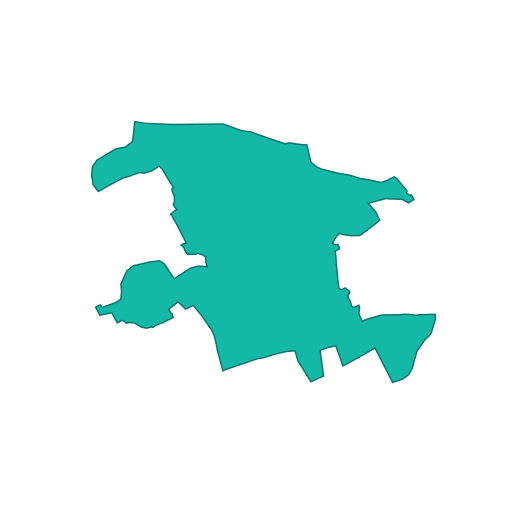 outline of Gwadabawa, Sokoto, Nigeria, rotated 246°
{"feature_id": "59680162B7305913438202", "entity_name": "Gwadabawa", "entity_type": "district", "adm_level": 2, "iso_a3": "NGA", "parent_name": "Nigeria", "parent_adm1": "Sokoto", "projection": "robinson", "projection_center": [5.311, 13.424], "detail": "fine", "context": "isolated", "style": "filled", "palette": "teal", "viewbox_px": 512, "rotation_deg": 246, "n_neighbors": 0, "source": "geoboundaries", "source_scale": "gbopen_adm2", "svg_char_len": 3328}
<svg xmlns="http://www.w3.org/2000/svg" viewBox="0 0 512 512"><g transform="rotate(246 256 256)"><path d="M272.1,414.6L271.8,406.8L272.2,400.2L279.6,390.2L284.5,382.7L291.3,375.0L298.5,364.3L301.5,360.5L308.5,351.5L311.2,349.0L312.5,347.8L313.3,347.3L317.6,345.3L318.8,344.4L328.2,345.9L331.9,346.8L337.2,347.6L337.5,346.1L341.4,339.2L342.6,337.6L345.8,332.6L346.8,328.0L361.4,312.2L371.5,301.6L376.5,293.6L389.7,279.9L389.9,279.8L410.5,232.3L422.7,207.9L428.1,199.9L410.8,189.9L408.6,181.0L410.9,171.6L408.3,149.8L404.2,143.0L396.0,138.3L391.6,137.4L387.5,136.2L380.6,137.7L379.0,138.3L380.0,146.8L381.4,166.2L380.4,172.5L380.2,176.8L379.6,183.4L377.2,187.4L376.2,195.5L377.5,204.0L373.7,205.7L365.2,206.6L357.1,207.7L352.2,208.5L351.9,208.3L351.7,207.5L351.4,206.6L350.0,205.9L343.5,205.6L339.2,203.9L336.6,201.3L333.6,201.7L330.9,202.7L328.9,194.9L327.5,195.5L325.4,195.8L323.4,195.8L320.2,196.2L307.3,197.0L296.1,197.6L296.1,196.5L296.2,195.8L296.6,195.7L296.5,195.1L296.3,195.0L296.5,194.7L296.7,194.8L296.7,194.6L296.8,194.3L296.3,192.1L295.8,192.3L295.3,192.6L295.0,192.8L294.3,193.0L293.8,193.1L292.4,193.6L291.8,193.5L290.7,193.3L290.2,193.2L289.1,193.4L286.7,193.8L285.0,194.4L285.1,194.7L284.9,194.8L284.8,195.8L284.0,197.0L283.7,198.3L283.1,199.3L283.1,199.8L282.6,200.6L282.2,201.1L282.1,201.4L282.1,203.0L281.7,204.1L281.4,204.8L280.2,206.1L279.6,207.0L275.7,209.8L270.2,207.5L267.6,207.4L265.9,207.1L270.2,199.4L271.6,191.1L268.5,172.0L286.1,169.1L290.9,165.9L293.9,155.9L295.9,145.3L297.0,140.4L295.0,132.0L285.4,121.2L277.9,118.6L271.5,114.8L270.5,109.4L271.6,94.4L274.6,94.0L274.7,92.8L274.7,90.9L274.5,88.7L265.4,89.2L264.8,92.2L262.7,101.3L258.6,101.4L251.3,102.1L251.3,104.1L251.8,106.6L251.2,108.0L248.9,109.7L247.3,110.2L246.9,112.3L246.9,113.0L244.4,117.6L237.7,122.3L234.6,126.6L233.6,131.8L232.6,132.8L233.1,134.5L233.4,136.8L233.3,141.1L233.0,143.9L233.5,155.5L234.6,155.4L236.9,155.8L238.3,155.1L239.8,154.9L240.9,155.0L242.8,154.5L245.9,166.2L236.1,170.1L236.3,178.7L223.5,182.1L206.3,185.4L199.7,185.4L191.9,183.9L186.1,182.5L164.5,179.0L164.5,183.8L163.0,199.6L162.6,203.4L162.4,207.2L161.5,216.3L159.9,221.6L159.3,227.9L159.2,229.2L158.8,232.3L156.6,244.1L155.0,249.2L153.3,253.1L143.4,251.6L118.8,255.0L118.9,268.9L135.6,273.8L138.4,274.6L143.7,276.3L143.2,283.8L141.5,292.3L126.5,291.3L120.3,290.5L121.2,303.6L121.5,308.5L122.1,311.9L122.0,314.0L123.7,327.3L84.9,329.4L83.9,340.0L85.6,347.4L89.7,352.9L103.7,364.4L110.4,375.6L111.0,376.7L112.8,382.2L114.1,384.5L124.8,393.9L129.8,396.1L132.6,389.4L134.2,385.5L136.1,380.9L136.8,378.1L140.6,371.7L141.0,370.9L141.2,370.5L141.8,369.2L142.4,367.8L143.7,363.9L151.0,346.7L153.2,331.6L153.0,326.6L158.9,326.3L161.5,326.6L166.4,329.5L169.1,330.0L169.2,328.3L168.9,326.4L169.8,323.7L172.0,323.0L176.5,323.7L180.1,323.4L182.6,323.8L183.9,326.1L185.5,327.2L190.5,324.6L190.4,321.0L192.4,318.4L194.6,319.1L198.0,320.1L214.2,325.5L222.1,328.4L228.1,330.3L228.5,335.1L229.7,335.6L233.3,335.5L234.0,333.4L236.4,330.7L240.8,336.9L242.8,341.3L239.6,345.1L235.7,351.5L232.5,359.1L235.0,370.7L238.3,383.5L246.6,383.5L258.4,380.1L255.8,397.4L248.3,412.6L244.1,415.7L242.4,417.1L243.4,423.3L247.3,423.2L248.2,422.7L248.9,422.2L248.3,421.4L252.3,419.3L254.1,420.5L267.0,416.8L269.2,416.2L272.1,414.6Z" fill="#14b8a6" stroke="#0f766e" stroke-width="1.5"/></g></svg>